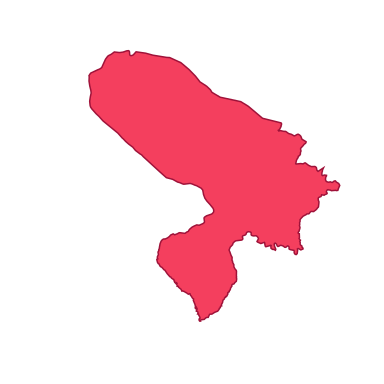 Tabaporã, Mato Grosso, Brazil (Mercator projection), rotated 200°
{"feature_id": "56859067B70789515296614", "entity_name": "Tabaporã", "entity_type": "district", "adm_level": 2, "iso_a3": "BRA", "parent_name": "Brazil", "parent_adm1": "Mato Grosso", "projection": "mercator", "projection_center": [-56.642, -11.068], "detail": "fine", "context": "isolated", "style": "filled", "palette": "rose", "viewbox_px": 384, "rotation_deg": 200, "n_neighbors": 0, "source": "geoboundaries", "source_scale": "gbopen_adm2", "svg_char_len": 5952}
<svg xmlns="http://www.w3.org/2000/svg" viewBox="0 0 384 384"><g transform="rotate(200 192 192)"><path d="M140.7,73.3L139.8,73.6L140.3,74.3L139.7,75.0L136.9,76.5L136.0,78.4L135.0,79.3L133.9,79.7L133.7,82.7L133.4,83.3L131.5,84.1L129.5,86.7L127.1,88.8L126.4,91.0L126.5,92.1L125.8,93.0L126.1,94.0L125.8,94.8L125.2,95.1L125.7,96.0L125.8,97.4L125.5,98.0L125.5,98.7L125.9,100.9L125.2,102.1L125.0,103.0L125.2,103.7L124.9,104.3L124.4,104.6L124.6,105.3L124.1,105.5L123.7,106.0L123.4,108.6L123.9,109.1L123.9,109.8L122.9,111.0L123.2,111.6L122.8,112.5L122.7,114.0L122.9,114.9L122.3,117.3L122.7,117.9L122.7,118.5L122.5,119.1L121.3,119.8L120.9,120.5L120.9,121.3L119.8,123.2L120.3,125.7L121.0,126.5L121.0,127.4L121.5,128.1L123.1,132.8L123.6,133.5L125.4,134.5L127.0,136.0L127.3,136.6L127.8,138.0L129.9,139.9L130.2,140.9L131.0,141.4L132.0,144.4L133.6,145.8L135.9,148.6L137.2,150.0L137.4,150.8L137.2,151.5L137.3,153.0L135.8,156.4L136.0,157.4L135.8,158.3L135.1,159.9L134.2,161.1L129.1,163.7L128.5,164.2L128.2,164.9L128.3,165.6L128.6,166.2L129.3,166.9L129.4,167.7L129.2,168.2L127.1,170.0L126.8,170.8L126.8,172.6L126.2,173.4L125.4,174.0L123.9,174.3L123.0,174.3L122.4,173.8L121.9,172.3L121.5,171.8L120.9,171.6L119.4,171.7L116.8,172.8L116.1,172.7L114.8,172.1L113.8,171.2L113.6,170.6L114.0,167.7L113.4,167.4L109.7,167.1L106.8,169.4L106.3,169.1L105.5,167.5L104.6,166.1L103.9,165.8L100.8,168.0L100.2,168.7L99.4,168.8L99.4,168.1L98.5,166.1L96.8,165.6L95.4,166.0L93.7,165.8L93.7,166.9L95.8,169.2L96.9,171.1L96.9,171.9L96.4,172.4L95.7,172.3L94.8,171.9L93.5,170.5L92.7,170.2L92.0,170.6L90.7,172.1L89.7,172.4L87.9,172.4L86.0,171.8L85.2,172.0L84.6,172.6L83.9,174.0L83.1,174.1L82.3,173.8L81.8,173.1L81.4,171.8L80.9,171.5L79.7,171.5L76.2,172.0L75.7,171.3L75.2,169.8L74.4,169.1L73.6,168.7L72.6,168.9L72.3,169.5L72.1,170.3L72.8,173.3L73.5,174.6L73.0,175.2L72.2,175.2L69.9,174.8L68.2,176.4L68.5,177.2L69.8,177.8L70.0,178.4L70.4,178.9L72.1,179.4L72.6,180.1L73.1,181.7L73.8,182.2L73.6,183.8L74.4,184.0L75.5,185.0L75.4,185.8L76.9,189.5L77.6,189.4L78.1,189.6L78.4,190.4L78.2,191.5L77.9,192.0L78.2,193.2L78.1,194.1L78.4,195.6L79.6,197.3L79.7,198.5L80.4,199.9L80.4,201.4L81.0,202.9L80.6,204.3L79.3,207.3L77.0,209.8L76.8,210.4L76.2,210.9L75.4,211.1L74.5,211.8L74.1,213.4L73.5,214.4L72.6,214.8L71.4,215.0L70.8,215.4L70.6,216.0L69.7,217.1L68.9,218.8L68.6,220.1L68.2,220.7L68.1,221.4L69.0,225.1L69.4,226.3L70.5,227.5L71.2,229.0L71.2,229.9L70.6,230.7L69.3,231.8L69.1,232.8L69.3,233.7L66.7,234.2L66.2,235.0L65.0,236.0L64.5,236.7L64.7,237.3L65.4,237.6L65.8,238.0L65.9,239.2L65.5,240.4L65.0,240.7L64.1,240.7L62.7,241.1L61.5,240.9L57.6,242.7L56.8,242.7L55.5,243.4L55.6,245.4L55.4,248.7L57.1,250.2L59.8,250.7L61.0,251.5L62.1,251.0L63.3,249.1L64.0,248.8L65.4,248.9L67.0,247.9L67.6,247.8L69.0,247.8L69.6,248.0L70.6,249.0L71.0,249.8L71.4,251.9L71.1,253.1L71.3,253.7L73.5,253.2L74.7,252.1L75.4,252.1L76.0,253.0L76.5,254.5L76.6,256.4L76.9,257.2L76.7,259.7L80.6,254.5L82.1,255.2L83.5,257.5L84.5,257.9L85.3,258.0L88.5,256.7L91.5,256.9L95.4,258.1L96.1,257.8L97.3,256.4L99.6,255.9L103.5,254.0L104.2,254.0L104.7,257.5L104.4,259.6L104.1,260.4L104.3,262.0L103.4,263.0L103.1,264.6L103.6,266.1L103.6,267.8L104.7,269.5L104.8,270.3L103.5,273.4L102.9,275.3L102.0,276.5L101.8,277.5L102.0,278.3L106.7,279.2L108.8,281.6L110.5,282.4L112.1,282.6L112.9,282.0L114.7,279.9L115.4,279.7L118.2,280.2L121.2,280.0L124.7,281.0L126.4,280.4L130.0,279.9L130.6,279.6L131.2,279.0L132.0,279.5L131.2,280.5L130.7,284.0L131.0,284.6L130.9,285.8L131.4,287.1L132.0,287.4L150.9,285.4L168.4,291.8L177.1,293.6L197.9,290.7L203.9,291.8L207.4,292.5L209.6,294.3L214.4,296.4L222.2,298.2L228.3,302.0L236.8,306.1L246.6,309.7L258.9,310.7L261.9,309.8L275.5,307.2L283.0,306.6L292.5,304.6L293.9,301.2L294.5,300.2L295.8,299.3L296.5,299.2L297.1,299.4L297.6,299.9L298.5,302.0L299.1,302.9L300.1,303.1L301.8,302.2L304.6,299.9L306.9,298.7L308.0,298.2L312.9,297.0L315.0,293.8L317.1,291.6L317.7,290.6L318.7,287.2L319.4,278.0L320.9,275.9L322.3,274.7L327.7,269.3L328.0,268.7L328.6,266.1L328.0,265.1L326.7,261.0L324.4,256.8L321.7,252.7L320.6,250.5L320.1,246.7L319.2,242.3L317.3,238.4L316.4,237.2L315.5,236.5L314.7,235.9L309.0,232.8L305.2,231.2L302.3,229.6L299.8,228.3L281.8,222.0L275.7,218.7L274.9,218.5L271.8,216.9L267.7,215.3L263.0,213.9L259.3,211.7L253.8,210.0L252.1,209.7L249.8,208.5L228.8,199.8L221.0,196.7L214.4,197.3L209.0,196.4L206.7,196.6L203.7,196.4L202.5,196.5L201.4,197.0L196.7,199.4L194.6,199.6L191.6,199.4L189.9,199.5L184.7,198.7L182.6,197.5L181.1,195.0L180.4,193.7L177.8,190.6L175.0,188.6L170.8,186.4L166.8,184.0L165.7,182.9L165.0,181.3L164.9,180.3L165.6,178.6L166.1,177.9L170.2,174.6L171.4,173.0L171.8,172.1L171.7,171.4L170.1,168.3L170.0,167.6L170.8,166.2L173.9,163.2L176.3,162.7L178.6,160.5L180.0,158.9L181.4,156.4L181.8,155.2L182.0,153.7L183.4,152.4L184.2,151.0L185.0,150.6L189.6,149.6L190.7,148.8L191.1,148.1L193.6,145.9L195.4,146.2L197.4,144.2L198.0,142.5L199.3,140.5L201.2,138.6L202.1,138.4L202.9,137.9L203.8,136.5L204.2,135.2L204.3,132.6L203.7,128.8L203.4,128.0L203.5,126.6L203.2,125.5L203.4,124.0L203.1,123.3L202.3,122.0L202.2,121.3L202.4,119.4L202.2,118.6L201.3,117.5L201.9,117.1L202.0,116.5L200.4,114.1L199.3,113.2L198.6,113.2L196.5,111.3L196.0,111.1L194.5,110.9L191.6,109.3L190.8,109.3L187.4,106.8L183.8,104.8L182.9,104.9L181.9,104.1L180.2,103.6L179.4,103.6L178.8,103.1L178.5,102.3L177.7,102.1L177.4,101.2L176.6,100.9L175.9,100.5L175.6,101.4L174.8,101.1L175.1,100.2L173.8,99.0L173.7,98.3L172.5,98.6L172.0,97.9L169.0,96.8L167.6,95.4L167.0,95.9L166.2,95.7L165.4,95.9L163.6,95.4L162.9,95.5L161.4,94.9L160.2,94.8L159.6,95.6L158.9,95.6L158.2,94.5L157.2,94.0L155.2,92.4L153.9,92.0L153.7,90.6L150.6,87.2L149.9,86.0L149.2,85.8L148.7,85.3L149.5,84.9L149.4,84.2L148.7,83.6L148.0,83.6L147.6,84.3L147.2,83.9L147.1,82.9L147.3,82.1L147.2,81.5L146.2,81.5L145.4,81.2L144.9,80.2L145.0,79.3L144.2,79.5L143.7,78.7L142.8,78.1L142.5,77.6L141.7,77.0L141.3,76.2L141.8,75.5L141.8,74.7L141.5,74.0L140.7,73.3Z" fill="#f43f5e" stroke="#9f1239" stroke-width="1.5"/></g></svg>